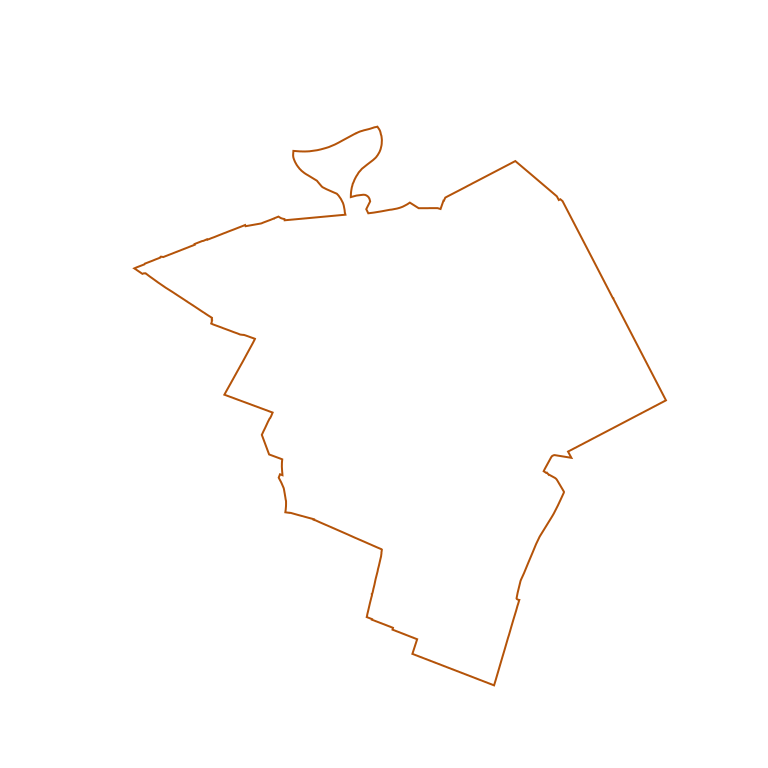 Waddinxveen, Zuid-Holland, Netherlands, rotated 198°
{"feature_id": "6326949B29533481095238", "entity_name": "Waddinxveen", "entity_type": "district", "adm_level": 2, "iso_a3": "NLD", "parent_name": "Netherlands", "parent_adm1": "Zuid-Holland", "projection": "orthographic", "projection_center": [4.655, 52.044], "detail": "fine", "context": "isolated", "style": "outline", "palette": "amber", "viewbox_px": 768, "rotation_deg": 198, "n_neighbors": 0, "source": "geoboundaries", "source_scale": "gbopen_adm2", "svg_char_len": 6046}
<svg xmlns="http://www.w3.org/2000/svg" viewBox="0 0 768 768"><g transform="rotate(198 384 384)"><path d="M188.6,220.4L189.2,220.3L189.8,220.3L190.4,220.4L191.0,220.5L191.6,220.9L191.7,221.1L192.4,226.8L193.3,238.9L193.2,240.4L192.4,247.3L191.6,257.8L190.6,269.6L189.9,278.7L188.8,287.0L185.7,299.7L183.2,310.0L182.5,313.2L181.1,322.1L180.3,328.5L179.4,336.2L179.5,337.0L180.3,337.8L189.6,346.0L190.1,346.4L190.8,346.9L191.5,347.2L192.3,347.5L199.2,348.8L199.3,348.6L200.6,349.4L201.0,349.6L201.8,349.6L202.1,349.6L202.1,349.9L202.5,349.8L203.4,349.9L205.2,350.4L204.8,353.1L202.4,365.8L202.1,366.9L201.8,367.5L200.7,368.6L199.8,369.1L199.1,369.2L183.0,371.7L188.1,376.6L168.4,396.7L149.0,416.5L110.8,455.6L126.0,470.6L192.4,536.1L192.3,536.4L192.4,536.5L192.6,536.4L192.8,536.3L225.0,568.1L270.7,613.1L273.4,614.2L274.6,613.0L277.6,615.9L308.9,628.8L328.0,636.6L359.7,604.3L360.9,603.1L361.6,602.4L363.2,600.7L365.6,598.3L367.5,596.3L373.4,590.3L375.0,588.7L381.2,582.4L383.3,580.2L383.7,576.7L384.1,576.7L384.3,567.9L387.5,567.8L405.3,561.9L415.5,564.5L417.3,562.2L419.3,560.1L421.1,558.3L423.4,556.5L425.8,554.9L430.5,552.3L432.3,551.5L440.0,547.3L446.8,543.8L451.7,541.5L454.9,544.8L453.6,553.4L455.1,555.7L456.3,556.8L457.6,557.5L459.0,557.9L460.5,558.0L462.2,557.6L468.4,554.7L473.3,551.5L473.4,551.8L473.6,552.5L473.9,553.5L474.2,554.5L474.7,556.7L475.0,558.4L475.4,561.2L475.4,562.5L475.6,565.0L475.5,565.4L475.4,565.8L475.2,568.3L475.2,569.2L475.1,569.6L474.9,570.7L474.9,570.8L474.9,571.0L474.8,571.6L474.4,573.5L474.0,574.8L473.5,577.1L473.1,578.2L472.7,579.0L471.5,581.9L470.9,582.8L470.3,583.7L469.7,584.6L468.8,586.0L467.6,587.8L463.8,593.3L463.3,594.1L462.8,595.0L462.2,596.0L461.9,596.6L461.4,597.7L461.2,598.5L460.8,599.5L460.5,600.9L460.3,601.7L460.2,602.3L460.0,603.2L459.9,604.1L459.9,604.9L459.8,605.6L459.8,606.2L459.9,607.6L460.1,610.0L460.4,611.7L460.6,612.4L460.9,613.4L461.2,614.7L461.4,615.3L461.6,615.9L461.9,616.5L462.1,617.0L462.3,617.4L462.6,618.1L463.0,618.9L463.2,619.3L464.0,620.3L464.8,621.7L465.0,622.0L465.2,622.4L465.6,622.9L466.1,623.6L466.6,624.1L466.8,624.3L467.1,624.6L469.8,626.7L471.3,625.7L471.7,625.6L473.1,624.7L473.3,624.5L475.9,622.6L477.4,621.6L479.5,620.3L481.6,619.0L482.7,618.2L483.9,617.4L485.0,616.6L486.5,615.3L488.1,613.7L488.2,613.8L494.4,607.3L498.7,602.8L501.8,599.5L504.8,596.5L509.8,592.2L512.5,590.3L516.6,587.6L519.8,585.7L523.5,583.9L527.0,582.2L531.3,580.6L536.0,579.2L542.2,577.7L541.3,574.1L541.1,573.4L540.8,572.7L540.5,572.0L540.1,571.3L539.7,570.7L539.3,570.2L538.9,569.6L538.4,569.1L538.0,568.6L537.5,568.0L537.0,567.5L536.5,567.0L536.0,566.6L535.5,566.1L535.0,565.6L534.5,565.2L533.9,564.8L533.1,564.1L532.5,563.8L531.9,563.4L531.4,563.0L530.8,562.6L530.2,562.3L529.5,562.0L528.9,561.6L528.3,561.3L527.7,561.1L527.0,560.8L526.4,560.6L525.1,560.1L524.4,559.9L523.4,559.6L522.1,559.3L520.7,559.0L510.6,556.6L509.1,555.6L507.0,554.3L504.4,552.7L503.3,552.2L499.0,551.5L491.2,550.7L487.7,550.4L485.5,549.2L482.2,546.7L478.9,543.4L477.5,541.4L475.9,538.5L475.1,537.0L474.4,535.3L473.0,533.1L515.1,515.0L529.1,509.0L529.6,510.1L531.5,509.9L533.1,509.9L534.6,510.2L536.1,510.6L538.6,508.5L539.1,508.1L539.9,507.4L539.9,507.2L540.1,507.2L541.3,506.2L542.7,505.0L544.6,503.5L548.1,500.7L549.2,499.8L549.6,499.4L550.5,498.7L564.4,491.3L565.2,492.3L567.1,490.7L571.4,487.2L574.3,484.8L577.8,482.0L580.6,479.7L580.9,479.4L583.2,477.6L584.6,476.4L586.7,474.7L591.0,471.1L593.2,469.4L595.2,467.7L595.4,467.6L595.9,467.2L596.2,467.0L596.6,466.6L597.0,467.0L599.9,464.4L601.2,463.7L607.4,458.6L607.0,458.0L633.2,436.5L634.3,436.4L634.8,436.3L635.5,436.2L635.8,435.9L635.9,435.6L635.8,435.1L636.8,434.3L637.6,433.6L639.6,432.0L642.3,429.7L644.4,428.0L646.0,426.7L648.7,424.5L648.8,423.8L651.1,421.9L653.2,420.2L655.4,418.4L657.2,416.8L647.8,414.1L646.8,414.9L646.3,415.2L645.2,415.3L644.9,415.6L641.3,414.3L639.5,413.7L636.9,412.9L630.1,410.7L621.3,408.1L613.8,406.2L607.6,404.5L602.0,403.0L595.2,401.1L589.2,399.5L580.3,397.0L572.2,394.8L568.1,393.8L568.0,392.8L567.9,392.8L567.9,392.6L567.8,392.4L567.6,392.2L567.4,392.0L567.2,391.7L567.3,391.5L567.4,391.2L567.3,390.7L567.0,390.2L567.0,388.1L566.0,388.0L565.6,387.9L564.0,387.8L555.6,387.5L554.5,387.4L546.7,387.1L542.9,386.9L538.8,386.8L536.4,386.6L536.0,386.6L535.6,386.7L534.4,386.9L533.5,387.1L533.2,387.2L532.5,387.3L532.4,387.4L532.0,387.4L531.8,387.4L531.4,387.4L530.9,387.4L530.4,387.4L520.7,387.1L520.7,386.5L520.9,385.5L521.3,382.9L523.9,369.0L525.3,361.4L526.0,357.9L529.6,339.4L530.8,333.3L531.6,329.3L532.5,324.5L481.1,322.4L481.4,318.6L481.6,317.5L481.7,316.6L481.8,316.3L481.9,316.2L482.0,316.1L482.1,315.9L482.3,314.5L482.7,312.2L482.8,311.2L482.9,310.4L483.3,307.0L483.7,303.9L484.0,302.0L484.1,301.1L484.2,300.2L484.3,299.4L484.5,297.9L471.5,281.5L458.9,281.0L457.5,280.9L457.0,278.6L456.5,276.7L456.2,275.8L455.6,273.8L453.7,269.0L453.2,267.9L452.4,265.9L455.0,266.0L455.2,262.4L454.6,261.8L451.3,258.6L447.4,254.2L446.8,253.3L446.1,252.0L445.1,250.1L444.5,249.0L444.0,248.0L442.9,245.9L441.9,243.9L441.0,242.4L440.1,239.7L439.4,237.3L438.7,234.3L438.2,231.5L434.3,232.2L434.3,232.3L432.7,232.6L425.2,232.9L409.0,233.7L409.1,233.2L408.3,233.1L408.2,233.3L401.7,232.6L384.1,230.9L378.1,230.3L374.0,229.9L363.8,228.8L354.2,227.9L349.3,227.4L340.2,226.5L335.5,226.1L334.9,225.9L334.6,224.5L334.4,223.1L334.1,222.2L334.0,221.7L333.8,220.5L333.7,220.0L333.6,219.5L333.5,219.0L333.4,217.4L333.2,215.1L332.7,209.5L332.6,207.8L332.5,205.9L332.3,204.6L332.2,203.8L331.9,199.1L331.7,196.0L331.5,194.0L331.1,190.5L330.9,188.0L330.8,186.5L330.8,185.9L330.7,185.4L330.6,184.4L330.4,182.4L330.4,181.4L330.5,181.2L330.6,180.9L330.4,180.9L330.4,180.7L330.1,178.7L330.1,177.7L329.7,171.7L329.1,164.8L328.7,159.7L328.5,158.4L328.4,157.0L322.7,156.7L322.7,156.1L300.1,154.9L300.0,153.0L273.6,151.5L273.6,144.1L273.6,136.1L186.2,131.4L186.3,136.8L187.0,160.3L187.2,168.6L187.6,180.8L187.6,184.0L187.9,192.2L188.1,199.0L188.3,209.3L188.5,214.0L188.5,217.1L188.6,220.0L188.6,220.4Z" fill="none" stroke="#b45309" stroke-width="2"/></g></svg>